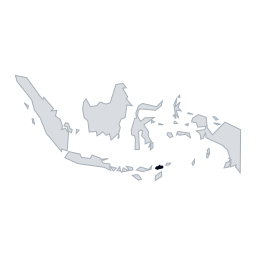 Alor, Nusa Tenggara Timur, Indonesia shown in context
{"feature_id": "22746128B1117135414899", "entity_name": "Alor", "entity_type": "district", "adm_level": 2, "iso_a3": "IDN", "parent_name": "Indonesia", "parent_adm1": "Nusa Tenggara Timur", "projection": "equal_earth", "projection_center": [124.34, -8.333], "detail": "fine", "context": "in_parent", "style": "filled", "palette": "ink", "viewbox_px": 256, "rotation_deg": 0, "n_neighbors": 0, "source": "geoboundaries", "source_scale": "gbopen_adm2", "svg_char_len": 5530}
<svg xmlns="http://www.w3.org/2000/svg" viewBox="0 0 256 256"><path d="M86.1,98.8L90.4,106.6L96.8,105.6L100.1,102.0L105.8,104.1L110.2,102.7L116.0,84.5L123.0,83.5L126.3,87.8L122.7,88.2L127.7,96.9L126.3,98.8L132.2,105.8L126.9,105.0L125.2,117.4L121.1,119.3L118.9,124.2L120.3,127.6L118.8,133.1L111.1,140.0L109.4,133.8L106.2,135.3L102.9,131.8L97.1,135.9L96.3,131.5L89.2,132.0L87.8,120.8L84.2,117.7L82.7,109.9L83.4,102.4L86.1,98.8ZM15.4,75.4L26.7,77.7L41.2,97.8L43.0,99.4L43.8,97.3L53.5,108.5L51.2,110.9L56.7,110.4L55.5,116.1L60.1,119.2L62.5,126.2L61.6,129.6L65.2,128.1L68.5,132.9L67.2,150.9L61.7,149.0L61.5,151.5L46.4,133.4L40.1,117.8L34.4,110.0L31.7,99.9L17.0,81.3L15.4,75.4ZM240.6,129.7L240.2,172.8L235.5,166.7L236.1,164.9L230.1,167.0L231.1,162.7L229.4,160.4L230.0,160.1L231.0,160.3L231.5,160.0L228.7,158.3L230.0,157.8L227.5,150.0L222.3,145.2L206.1,137.7L205.5,132.6L203.3,138.2L200.9,139.3L200.1,134.2L196.3,130.8L204.8,129.7L205.9,126.3L197.9,127.2L196.1,122.7L191.5,121.8L192.8,118.0L198.4,114.7L206.2,117.3L207.2,127.7L212.4,134.7L225.0,122.2L240.6,129.7ZM161.3,105.7L155.7,110.3L140.1,108.8L138.2,110.5L137.5,116.0L140.5,121.4L145.0,117.8L154.2,117.5L143.9,124.8L148.5,131.6L148.3,136.4L151.4,141.5L145.1,143.9L145.2,139.5L141.6,135.7L142.4,130.6L140.5,130.0L138.5,131.9L139.4,149.4L135.1,149.6L135.4,139.1L134.6,135.6L131.7,134.9L131.2,130.4L134.8,118.3L136.5,118.0L135.9,112.9L138.6,105.9L142.6,103.5L156.6,106.7L162.4,101.1L161.3,105.7ZM68.8,151.6L79.9,154.0L81.6,157.4L90.2,158.4L92.2,155.0L100.6,158.3L103.0,163.1L109.9,164.0L109.8,168.1L110.8,170.5L104.2,167.3L78.0,163.6L64.8,157.7L68.8,151.6ZM175.4,106.7L180.1,101.9L178.0,107.4L181.1,110.9L176.1,110.3L178.8,118.2L175.2,113.9L173.9,104.7L176.9,97.7L175.4,106.7ZM177.7,131.4L189.3,133.1L190.5,137.9L185.8,134.4L179.2,135.2L177.3,133.3L176.2,135.5L177.7,131.4ZM151.0,169.4L142.4,171.6L136.4,170.0L140.3,167.0L148.7,169.5L151.6,166.1L151.0,169.4ZM126.3,166.4L132.1,167.4L133.1,169.8L121.6,172.0L123.4,167.8L127.4,170.2L128.7,169.3L126.3,166.4ZM161.5,171.6L161.7,176.4L155.2,180.6L155.5,176.0L161.5,171.6ZM68.4,123.4L70.0,128.7L72.2,129.4L71.5,132.7L68.2,131.1L67.1,126.8L63.9,125.9L65.5,122.8L68.4,123.4ZM228.3,167.2L224.0,167.9L226.1,162.5L229.5,161.4L230.6,163.4L228.3,167.2ZM137.4,174.5L140.1,176.7L141.3,179.3L138.6,180.2L132.3,175.4L137.4,174.5ZM171.1,132.8L172.9,136.4L170.2,137.7L167.1,135.0L167.3,132.9L171.1,132.8ZM110.2,166.5L116.3,168.1L113.5,171.0L110.2,166.5ZM119.7,166.7L120.6,171.2L117.0,170.6L119.7,166.7ZM79.1,130.2L76.2,133.6L76.4,129.4L79.1,130.2ZM209.0,148.4L209.7,154.1L208.3,154.4L207.2,150.2L209.0,148.4ZM108.2,158.5L103.5,160.3L101.6,159.3L108.2,158.5ZM152.9,142.5L153.0,147.7L150.3,149.9L151.3,143.0L152.9,142.5ZM24.2,102.8L28.4,105.8L27.8,108.6L24.2,102.8ZM34.5,124.1L32.8,123.0L32.1,118.8L33.3,118.7L34.5,124.1ZM192.9,165.4L192.0,163.3L194.5,159.5L194.4,162.9L192.9,165.4ZM188.3,112.8L193.2,114.2L187.7,113.7L188.3,112.8ZM159.0,123.3L163.4,124.8L158.6,124.7L159.0,123.3ZM150.9,145.1L148.5,147.6L150.6,143.0L150.9,145.1ZM213.1,116.6L215.6,117.1L218.0,119.6L215.7,120.1L213.1,116.6ZM170.7,163.2L169.1,165.1L165.8,165.3L166.7,163.2L170.7,163.2ZM208.8,155.1L207.7,157.8L206.6,157.7L206.7,153.4L208.8,155.1ZM177.4,123.3L174.5,123.8L173.7,122.9L174.9,121.2L177.4,123.3ZM213.5,122.9L217.1,123.3L220.5,124.3L217.3,124.9L213.5,122.9ZM151.6,120.2L154.6,121.9L151.5,122.9L151.6,120.2ZM179.8,97.5L177.8,97.0L179.6,95.1L179.8,97.5ZM158.8,168.1L162.1,166.6L162.5,167.5L158.8,168.1ZM188.3,123.5L187.8,125.9L185.3,124.7L186.5,124.0L188.3,123.5ZM119.1,137.3L117.8,138.9L118.9,133.9L119.1,137.3ZM174.6,114.4L176.1,117.7L175.5,118.2L173.2,115.6L174.6,114.4Z" fill="#d9dde1" stroke="#a8b0b8" stroke-width="1"/><path d="M159.8,166.2L159.7,166.2L159.4,166.3L159.4,166.2L159.2,166.4L159.1,166.5L158.9,166.8L158.9,167.0L159.0,167.0L159.3,167.0L159.4,166.9L159.5,166.9L159.6,167.0L159.4,167.1L159.2,167.2L159.1,167.3L158.9,167.4L158.9,167.5L158.8,167.8L158.7,167.9L158.7,168.0L158.7,168.3L158.8,168.3L159.0,168.3L159.3,168.3L159.3,168.2L159.5,168.1L159.6,168.3L159.9,168.2L160.0,168.2L160.3,168.0L160.5,168.1L160.8,168.1L161.0,168.0L161.0,167.9L161.3,167.8L161.6,167.7L161.7,167.8L161.9,167.7L162.0,167.7L162.3,167.7L162.5,167.6L162.5,167.3L162.5,167.2L162.5,166.8L162.4,166.7L162.4,166.4L162.2,166.4L161.9,166.4L161.7,166.4L161.5,166.5L161.4,166.5L161.2,166.5L160.9,166.4L160.7,166.4L160.4,166.4L160.3,166.5L160.2,166.5L159.9,166.7L159.9,166.3L159.9,166.2L159.8,166.2ZM158.4,167.6L158.5,167.4L158.4,167.2L158.5,167.1L158.6,166.9L158.6,166.6L158.4,166.5L158.2,166.7L158.1,166.8L158.0,167.0L157.9,167.2L157.8,167.3L157.8,167.5L157.7,167.5L157.5,167.8L157.5,168.0L157.5,167.9L157.5,168.0L157.5,167.9L157.4,167.9L157.4,167.7L157.4,167.8L157.4,167.7L157.3,167.4L157.2,167.3L157.1,167.5L156.9,167.6L156.8,167.8L156.7,167.8L156.7,168.0L156.5,168.3L156.8,168.3L156.9,168.2L157.0,168.1L157.1,168.3L157.3,168.5L157.2,168.5L157.3,168.6L157.3,168.8L157.2,168.8L157.2,169.0L157.3,169.0L157.6,169.0L157.6,168.9L157.8,168.8L157.8,168.7L158.0,168.5L158.0,168.4L158.0,168.2L158.1,167.9L158.2,167.7L158.3,167.7L158.4,167.6ZM158.7,167.2L158.6,167.3L158.5,167.5L158.8,167.5L158.8,167.4L158.8,167.2L158.7,167.2ZM156.7,167.7L156.5,167.8L156.7,167.7L156.7,167.7ZM156.2,168.1L156.2,167.8L156.0,168.0L156.2,168.1ZM158.8,166.8L158.8,166.7L158.7,166.8L158.8,166.9L158.8,166.8ZM157.4,167.0L157.4,166.9L157.4,167.0ZM156.4,168.2L156.4,168.3L156.4,168.2ZM157.4,167.8L157.5,167.8L157.4,167.8ZM160.0,166.2L159.9,166.2L160.0,166.2L160.0,166.2Z" fill="#0f172a" stroke="#020617" stroke-width="1.5"/></svg>